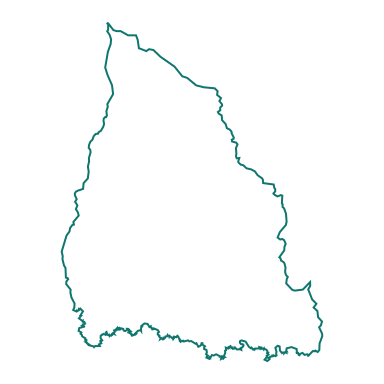 Santissimo Nome De Jesus, Ribeira Grande de Santiago, Cabo Verde
{"feature_id": "66160863B56005242542710", "entity_name": "Santissimo Nome De Jesus", "entity_type": "district", "adm_level": 2, "iso_a3": "CPV", "parent_name": "Cabo Verde", "parent_adm1": "Ribeira Grande de Santiago", "projection": "robinson", "projection_center": [-23.597, 14.95], "detail": "fine", "context": "isolated", "style": "outline", "palette": "teal", "viewbox_px": 384, "rotation_deg": 0, "n_neighbors": 0, "source": "geoboundaries", "source_scale": "gbopen_adm2", "svg_char_len": 5990}
<svg xmlns="http://www.w3.org/2000/svg" viewBox="0 0 384 384"><path d="M214.7,88.3L204.0,87.3L196.2,85.4L187.2,77.9L182.3,76.3L174.5,66.6L160.5,56.8L153.4,50.0L149.0,49.2L146.4,51.1L138.9,48.2L137.7,39.8L136.0,35.3L128.1,35.3L120.6,31.1L116.6,31.1L113.4,30.1L108.2,23.4L106.8,23.0L108.2,24.3L108.1,29.9L107.2,31.2L109.7,35.0L111.1,39.4L110.6,44.3L107.9,51.7L105.2,67.6L107.6,75.1L112.0,85.2L113.1,94.1L107.3,104.2L107.8,106.7L106.4,111.2L106.9,115.5L106.1,117.1L105.3,117.0L103.8,118.5L103.5,120.8L104.1,123.9L103.3,126.7L100.9,130.8L98.5,132.3L98.2,133.6L95.6,134.0L93.7,136.2L92.5,139.6L90.3,141.8L89.1,144.8L88.7,147.9L90.2,149.7L90.6,152.2L88.9,158.1L89.1,161.4L87.9,166.6L88.7,171.5L87.8,178.5L83.6,183.1L83.1,188.9L78.0,190.6L75.8,191.8L74.8,193.5L75.0,195.5L76.7,199.2L75.1,201.8L77.4,205.4L75.9,209.1L77.9,212.4L78.7,215.6L73.4,221.9L73.9,224.6L72.5,224.8L70.1,228.0L69.5,231.5L66.5,235.6L61.7,251.6L62.7,256.1L62.5,259.3L64.0,265.4L65.5,268.0L65.9,277.6L67.8,278.2L68.2,279.1L66.4,281.4L66.2,284.1L70.6,289.6L70.4,292.7L71.5,297.6L74.6,303.6L74.3,307.5L73.2,310.0L76.5,311.5L76.9,310.7L77.2,311.2L78.8,310.3L78.9,308.9L79.8,309.3L80.3,308.6L83.0,311.3L80.4,315.4L81.2,315.7L78.9,318.3L82.3,320.9L82.8,320.6L82.8,321.8L84.3,321.9L85.1,323.6L82.9,324.4L83.8,326.0L82.4,326.0L83.3,326.9L79.3,328.0L78.6,330.9L81.4,332.5L80.6,333.8L81.8,334.8L82.3,336.5L85.3,338.2L85.0,339.0L86.3,340.0L85.5,340.5L86.3,341.8L85.8,341.8L86.9,342.2L86.0,342.3L88.1,343.8L87.5,343.8L88.7,345.2L93.7,346.4L94.1,347.1L95.0,346.1L99.8,346.0L98.9,344.4L101.3,343.3L100.4,341.9L101.3,341.2L100.8,340.7L102.1,340.2L100.6,338.2L100.7,335.8L102.0,334.7L102.6,335.5L102.4,334.6L103.6,333.9L105.7,334.9L106.4,334.0L105.8,332.6L106.5,332.0L107.3,334.7L108.8,335.4L109.1,334.9L109.6,335.9L110.0,335.2L111.2,335.6L111.8,334.3L112.4,334.7L113.1,333.6L114.1,334.0L113.4,333.0L114.8,332.7L114.2,332.6L114.7,331.9L114.1,330.4L115.0,330.0L115.6,330.7L117.0,329.8L116.4,328.9L117.5,327.7L118.2,329.6L118.8,329.6L117.9,328.4L119.7,327.8L120.8,329.0L121.6,328.4L123.2,328.9L123.6,330.5L125.2,331.1L127.1,329.8L126.9,328.8L128.3,328.9L129.2,329.8L128.7,331.2L129.6,330.6L131.0,331.6L129.5,333.0L132.7,334.8L131.7,335.2L132.0,335.7L134.7,334.7L134.2,334.2L135.3,334.6L136.2,333.8L135.3,333.4L138.0,330.8L140.5,330.2L141.1,331.0L141.0,330.0L141.8,329.8L141.0,329.8L141.2,327.1L142.1,326.6L141.5,325.9L144.4,323.5L147.6,323.9L149.3,326.8L150.3,326.4L150.0,327.2L151.2,327.3L152.3,329.4L153.3,329.2L152.2,328.4L153.6,328.3L157.8,330.1L159.0,332.0L157.8,332.9L157.7,334.5L159.4,335.5L159.1,336.5L160.6,338.0L160.3,339.0L161.4,338.1L162.5,339.4L163.6,339.2L164.2,338.5L163.8,337.7L165.1,337.7L165.4,336.5L166.9,336.4L167.5,335.2L167.8,335.9L169.0,335.6L169.3,336.7L169.7,336.0L172.3,338.2L172.8,337.8L173.2,339.1L174.2,337.8L173.5,337.1L173.8,336.6L176.4,337.2L177.3,335.8L178.3,336.6L179.2,338.9L179.6,338.3L179.4,339.5L180.3,340.1L179.9,341.2L180.4,341.6L180.6,340.6L182.0,341.3L183.2,340.7L183.9,341.5L188.0,340.4L189.3,341.3L191.3,341.1L195.7,343.8L196.5,343.3L198.3,346.8L200.9,345.4L201.6,343.1L202.5,343.3L202.5,344.7L205.0,346.3L204.1,347.4L204.2,349.1L206.4,349.8L206.9,352.3L206.1,354.1L207.6,355.4L206.9,355.4L207.5,355.6L206.8,356.4L207.7,357.4L206.9,357.8L208.9,358.7L208.9,358.2L210.2,358.4L210.0,357.3L210.6,357.3L211.9,355.1L213.7,355.5L216.1,354.3L219.7,356.1L219.7,356.7L221.9,356.4L221.4,357.8L222.4,357.3L221.9,358.4L223.1,357.6L222.7,358.6L223.1,358.8L224.0,357.7L223.2,356.5L224.5,356.7L223.9,356.0L225.2,353.1L225.1,350.7L226.1,350.1L225.8,347.6L228.1,348.5L228.5,347.3L229.2,347.7L229.1,347.0L230.5,346.1L231.6,347.9L232.6,347.5L232.8,348.8L234.6,348.5L235.0,347.5L237.0,349.5L240.0,349.1L240.6,350.1L240.5,349.3L241.3,349.8L241.1,347.8L242.5,347.2L243.6,345.3L242.7,344.2L241.1,344.2L239.9,342.7L240.0,341.2L241.4,340.4L245.6,341.6L248.8,346.7L250.9,348.3L251.5,347.6L253.2,349.6L254.0,349.0L254.6,349.6L255.3,348.5L258.3,348.5L259.1,348.0L259.2,347.0L259.9,347.3L259.3,347.9L259.8,348.5L260.1,347.3L261.3,347.5L261.3,349.6L261.9,348.1L263.1,348.8L263.7,348.4L263.6,349.1L263.8,349.5L264.3,348.8L266.5,349.8L267.5,351.4L267.1,353.1L268.2,353.0L267.8,354.3L268.4,354.7L265.9,356.5L267.1,356.1L267.5,357.6L266.2,357.8L264.6,359.7L265.3,360.0L265.5,359.3L265.6,360.2L267.4,361.0L269.5,359.2L268.7,357.8L269.8,357.7L270.1,356.7L271.8,356.5L272.2,355.6L273.0,356.1L273.5,355.3L275.4,356.2L276.6,355.4L276.1,353.7L276.5,351.8L275.4,347.8L277.6,345.8L279.6,346.4L280.0,350.6L282.0,353.1L283.0,352.4L284.0,352.5L284.1,353.2L284.6,352.5L285.9,352.7L285.3,352.3L286.2,352.7L285.9,351.9L286.9,351.7L286.2,350.8L286.7,348.3L291.5,347.1L296.6,349.0L296.9,352.6L295.9,353.1L298.0,352.8L298.7,354.9L299.5,355.2L300.0,353.9L302.5,352.9L304.5,354.9L307.1,354.3L308.0,355.0L308.1,356.6L308.4,355.0L308.8,355.3L312.9,351.0L315.0,351.3L315.4,350.6L317.7,352.0L319.3,350.1L319.6,343.4L322.3,336.1L322.1,333.7L319.1,327.3L320.9,325.3L322.0,321.5L318.1,317.2L317.4,311.0L313.6,307.5L316.4,303.8L312.2,299.5L308.2,289.4L310.2,285.9L310.1,282.1L302.8,289.6L294.8,290.6L292.3,289.9L286.2,283.4L286.8,278.8L287.8,277.0L286.0,275.0L285.1,272.0L285.5,267.6L284.5,263.5L283.6,262.1L281.1,260.6L280.5,258.3L279.3,257.3L284.3,250.3L284.4,246.9L285.7,243.9L284.1,240.1L282.3,239.0L280.2,239.5L277.6,237.5L279.9,232.0L285.8,225.1L286.6,221.8L286.0,213.7L284.0,208.2L282.6,207.0L282.6,204.2L281.9,203.5L282.3,195.7L281.0,195.1L277.4,196.4L274.2,194.5L273.4,193.5L275.2,191.4L275.2,189.1L274.3,187.9L273.7,184.5L263.1,183.1L262.9,179.8L262.1,178.3L257.7,175.3L254.9,171.4L251.2,169.4L246.5,168.3L243.4,165.3L240.7,164.6L238.5,162.5L238.2,161.5L239.3,158.0L236.7,158.3L236.0,156.3L236.4,153.1L235.9,148.3L237.5,144.3L236.1,142.6L232.1,141.5L231.8,139.7L233.6,138.7L233.8,137.6L231.6,133.2L231.6,131.8L229.8,129.6L226.9,128.2L225.7,124.1L222.1,120.2L221.7,115.4L218.7,113.6L217.9,112.0L220.2,110.3L220.2,107.5L222.1,105.7L222.0,104.3L219.4,101.1L221.0,98.1L217.1,94.9L217.6,91.2L214.7,88.3Z" fill="none" stroke="#0f766e" stroke-width="2"/></svg>